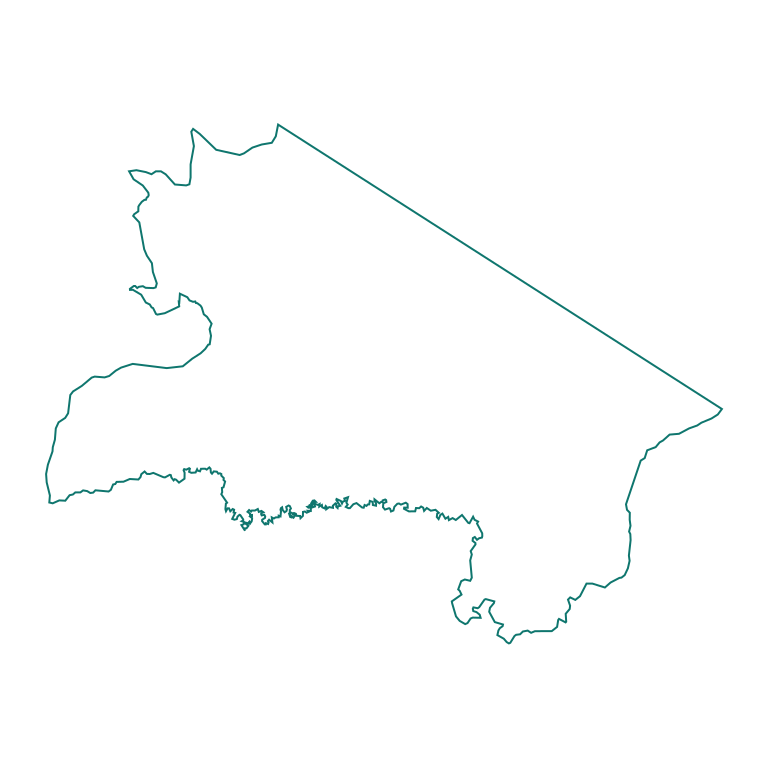 Tarime, Mara, United Republic of Tanzania (Robinson projection)
{"feature_id": "72390352B9041864776563", "entity_name": "Tarime", "entity_type": "district", "adm_level": 2, "iso_a3": "TZA", "parent_name": "United Republic of Tanzania", "parent_adm1": "Mara", "projection": "robinson", "projection_center": [34.405, -1.396], "detail": "fine", "context": "isolated", "style": "outline", "palette": "teal", "viewbox_px": 768, "rotation_deg": 0, "n_neighbors": 0, "source": "geoboundaries", "source_scale": "gbopen_adm2", "svg_char_len": 6098}
<svg xmlns="http://www.w3.org/2000/svg" viewBox="0 0 768 768"><path d="M200.0,471.3L201.0,468.8L205.1,468.7L206.7,469.6L209.3,467.4L210.5,468.7L210.9,472.5L212.0,473.7L213.8,471.4L216.9,471.7L218.3,473.7L219.9,473.3L221.3,474.0L221.3,475.6L223.8,478.1L223.5,479.9L225.1,481.5L223.5,487.3L221.9,487.9L222.2,492.2L221.3,494.2L227.1,502.7L225.9,503.6L225.4,509.1L226.0,511.2L227.6,508.3L229.0,508.3L230.3,511.3L232.7,509.0L234.1,509.7L233.6,512.5L235.2,512.9L232.2,518.9L234.4,519.7L236.8,519.1L237.5,516.6L239.5,514.8L240.3,515.1L243.2,519.4L243.2,520.4L241.8,521.2L244.0,522.0L243.6,524.3L241.4,525.1L245.0,530.7L244.3,528.3L246.5,528.3L248.4,525.8L245.6,523.7L245.9,522.7L249.1,523.6L248.6,522.5L249.5,521.5L250.4,523.0L251.6,521.5L252.1,519.0L252.1,518.1L250.3,516.7L252.0,516.2L252.0,514.9L250.0,514.8L250.0,513.6L247.5,511.8L249.1,510.0L251.1,511.5L251.8,510.5L255.0,510.5L257.8,509.0L258.8,511.9L261.4,510.9L263.4,512.3L261.2,513.3L261.2,514.4L261.7,515.4L264.3,514.8L265.2,516.4L265.0,517.9L262.2,519.7L262.1,521.1L264.8,524.4L265.8,524.4L266.0,523.2L268.1,524.0L268.6,522.4L267.9,521.1L269.1,519.7L272.4,522.4L271.8,517.4L273.9,518.5L275.6,517.4L278.7,517.3L278.7,515.7L280.5,516.4L281.0,511.3L280.5,509.8L280.9,508.2L282.1,507.3L282.7,510.0L284.6,512.3L286.4,511.1L286.9,509.6L286.2,506.9L288.6,505.5L289.8,506.1L290.9,508.5L289.8,510.0L289.8,512.0L291.4,512.8L289.1,513.6L290.2,517.0L291.2,517.3L291.0,515.6L293.5,517.7L295.0,515.5L292.8,514.2L293.0,513.3L294.0,513.0L295.9,513.8L296.5,515.8L300.1,516.0L300.5,518.2L302.9,515.9L303.0,511.9L304.9,511.5L306.7,512.7L308.7,511.8L307.9,510.8L310.8,511.0L310.9,507.5L308.4,507.7L307.4,506.8L308.9,506.4L309.5,505.2L311.2,506.0L311.1,503.5L312.8,500.7L314.4,500.4L315.9,501.9L313.2,502.1L311.7,507.6L315.0,506.5L314.3,503.6L317.9,504.9L319.6,504.0L319.3,506.6L321.9,505.0L322.2,507.3L324.6,508.4L325.7,506.0L326.5,506.8L326.4,509.2L329.2,507.1L333.0,507.8L332.9,505.7L335.5,503.3L336.4,503.8L336.2,506.7L337.6,508.0L337.9,506.3L340.2,505.8L336.3,499.9L336.6,499.0L340.9,501.0L342.0,503.5L342.9,501.6L345.1,500.8L344.3,498.5L348.0,497.2L346.4,502.7L347.7,504.6L345.8,506.9L348.3,508.1L349.9,508.1L353.4,504.2L356.5,503.1L362.1,507.5L363.7,507.7L364.6,505.0L366.5,505.9L367.7,504.5L369.2,504.4L369.8,500.9L372.7,501.9L372.9,505.0L376.0,505.7L376.1,503.6L374.5,500.6L374.5,499.3L379.4,503.3L381.3,501.8L382.5,502.1L382.7,500.4L385.2,499.5L386.1,500.1L386.4,502.0L383.3,503.3L383.0,507.2L385.0,509.6L389.1,508.2L390.1,508.8L391.0,511.5L393.4,510.5L394.4,506.8L397.3,503.8L399.0,503.5L400.9,504.6L405.8,502.7L407.6,504.1L407.7,507.7L404.2,507.6L404.0,508.8L408.9,511.4L415.2,511.3L416.0,508.0L419.2,508.2L421.1,506.5L423.2,507.7L424.1,510.9L426.8,508.0L430.8,510.7L435.5,509.8L438.8,512.8L437.2,513.7L436.8,517.0L438.6,519.1L440.4,514.9L442.4,513.6L445.4,518.7L448.2,516.9L448.9,520.1L452.6,518.1L455.8,520.0L462.0,515.0L468.3,522.9L469.5,523.2L473.1,516.7L474.6,519.8L478.1,521.6L477.0,523.5L482.2,533.3L482.3,536.1L481.9,537.6L479.2,538.2L477.0,539.8L474.8,537.0L472.9,538.1L472.6,540.8L475.4,543.0L475.5,544.4L470.7,551.1L471.8,554.5L470.2,560.4L471.8,577.7L470.2,580.8L464.8,579.5L461.2,581.2L458.2,589.4L459.7,590.8L461.5,594.6L451.8,601.4L452.2,603.5L456.0,616.4L459.7,620.9L465.2,624.1L467.5,623.1L470.6,618.5L472.7,617.6L480.6,617.8L479.7,614.7L476.5,612.1L473.3,611.1L472.8,608.8L473.4,607.4L477.7,608.2L479.2,607.2L484.5,599.6L485.8,599.1L494.3,601.4L493.9,603.1L490.0,607.8L489.2,611.8L494.8,622.1L503.0,624.5L502.6,626.2L499.8,628.2L498.4,630.5L497.4,635.1L503.8,638.7L506.7,642.1L508.9,643.4L510.3,642.8L514.5,636.0L516.1,634.8L520.1,634.3L522.9,631.5L527.7,630.6L531.1,632.8L534.9,631.2L551.8,631.1L557.1,626.9L558.2,620.0L559.0,618.9L565.6,622.4L566.2,621.7L565.7,613.8L569.7,609.0L570.1,605.7L568.0,599.6L570.2,597.4L575.3,599.9L580.0,596.2L586.5,583.6L592.4,583.6L604.9,587.5L610.6,582.5L619.4,577.9L621.5,577.6L624.7,575.1L627.9,568.3L629.6,560.8L628.9,555.6L630.6,540.1L630.3,534.0L629.1,531.6L630.5,525.8L629.7,519.8L629.8,512.7L627.0,509.8L626.0,504.3L640.7,460.6L644.7,458.1L647.2,450.3L655.7,447.1L659.6,442.4L663.0,440.5L669.6,434.6L679.0,433.8L689.1,428.4L697.2,425.5L701.4,422.7L711.5,418.5L717.8,414.5L721.9,409.0L278.1,124.6L275.8,136.3L271.8,142.8L261.7,144.5L252.4,147.6L243.9,153.4L239.6,155.0L216.2,149.8L199.7,133.9L193.1,128.9L191.3,131.7L193.9,146.1L190.6,164.4L190.6,177.5L189.4,184.3L186.2,185.4L174.9,184.5L165.7,174.3L160.9,171.3L155.9,171.3L151.5,174.2L145.9,172.1L136.4,170.2L129.1,171.3L133.6,179.3L142.8,185.5L148.3,192.7L148.7,195.1L148.1,196.6L146.8,197.5L145.9,199.8L144.5,199.8L141.8,201.8L139.4,204.9L138.4,206.6L138.3,211.3L134.2,214.2L133.2,215.9L139.3,222.4L144.2,249.3L146.9,255.7L151.9,263.2L152.9,272.0L156.8,283.4L155.7,287.4L153.5,288.1L145.6,287.8L142.9,286.2L138.9,286.8L137.2,288.0L135.2,286.0L133.8,286.0L129.9,288.9L130.0,289.9L132.9,289.8L141.2,294.7L145.8,302.5L149.8,304.5L151.6,307.4L153.1,308.1L156.0,314.0L157.3,314.6L164.8,313.2L179.2,306.4L178.8,302.0L179.3,302.3L179.9,293.7L187.3,297.2L189.5,300.4L193.0,301.8L195.3,301.5L195.9,303.0L197.3,303.2L200.5,305.6L201.8,307.6L203.8,314.3L207.0,316.8L211.6,323.7L209.6,329.2L211.0,335.8L209.7,344.3L208.2,344.7L205.3,348.9L200.6,353.3L192.2,358.7L182.8,366.3L166.7,368.1L132.7,363.9L121.1,367.6L115.7,370.7L109.2,376.0L104.6,377.4L94.7,376.6L91.7,377.6L81.8,385.9L73.1,391.4L70.3,395.0L68.1,413.3L65.2,417.9L58.6,422.3L55.8,428.4L54.9,439.7L52.8,447.2L52.5,451.4L47.9,464.7L46.1,474.0L46.7,482.4L49.9,495.5L49.3,502.5L52.7,503.3L59.3,500.4L65.3,500.7L69.6,495.2L72.9,494.5L75.3,492.4L80.4,492.4L83.1,490.4L87.2,491.1L90.3,493.0L93.2,492.6L95.4,490.3L108.6,491.5L110.9,489.8L113.1,484.5L115.3,484.0L116.6,481.9L123.5,481.7L129.8,479.0L138.4,479.5L140.5,477.1L141.3,474.2L144.6,471.5L146.9,473.9L149.8,474.0L153.3,472.9L163.4,477.2L165.0,477.4L169.8,474.8L170.8,475.1L171.4,477.5L173.6,480.4L174.7,479.2L176.1,479.7L179.0,482.6L184.5,478.7L184.6,472.7L183.6,470.2L184.2,469.1L186.2,469.7L189.2,468.2L189.9,468.7L189.1,471.8L191.3,472.8L195.6,472.5L197.1,469.3L197.8,470.7L200.0,471.3Z" fill="none" stroke="#0f766e" stroke-width="2"/></svg>